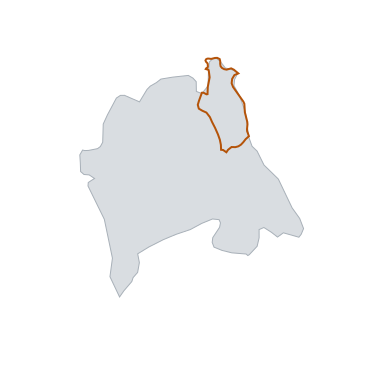 where Pljevlja sits in Montenegro, rotated 32°
{"feature_id": "MNE-1516", "entity_name": "Pljevlja", "entity_type": "Municipality", "adm_level": 1, "iso_a3": "MNE", "parent_name": "Montenegro", "parent_adm1": "", "projection": "natural_earth1", "projection_center": [19.172, 43.297], "detail": "fine", "context": "in_parent", "style": "outline", "palette": "amber", "viewbox_px": 384, "rotation_deg": 32, "n_neighbors": 0, "source": "natural_earth", "source_scale": "10m", "svg_char_len": 2073}
<svg xmlns="http://www.w3.org/2000/svg" viewBox="0 0 384 384"><g transform="rotate(32 192 192)"><path d="M168.3,66.8L168.0,68.7L168.5,74.1L171.2,79.5L180.7,84.9L194.7,95.7L211.2,115.5L218.7,121.4L225.5,122.8L238.8,131.0L248.0,133.0L258.4,135.3L285.3,152.4L297.4,157.4L306.0,163.9L307.0,170.0L306.6,173.7L291.1,178.2L288.4,184.9L280.9,184.1L271.8,184.0L268.8,188.3L273.2,195.3L276.0,203.5L273.8,214.8L273.0,216.3L270.8,215.9L258.0,222.5L248.5,225.6L239.9,227.1L235.8,224.0L233.8,219.7L234.1,207.3L232.5,203.1L229.6,201.1L223.7,204.0L216.8,213.6L210.5,224.7L200.9,236.4L193.0,247.5L184.5,261.6L178.7,273.2L184.8,279.8L188.5,289.0L187.4,295.8L188.4,299.8L186.6,311.8L186.2,319.4L167.3,307.3L159.6,290.3L132.1,261.6L100.6,242.0L99.0,238.9L100.7,235.2L102.2,232.2L95.7,232.0L91.1,234.4L86.7,233.7L81.8,226.4L77.2,220.0L77.0,214.4L79.1,213.7L82.3,211.5L88.9,205.3L90.2,202.0L89.9,197.1L80.7,181.4L79.4,171.3L78.1,152.4L80.1,148.0L83.5,145.8L99.7,143.4L99.5,128.8L100.5,124.3L103.8,118.2L105.8,112.7L114.9,104.7L127.1,95.1L132.4,94.9L137.1,96.2L142.4,104.4L148.2,103.3L149.4,93.5L141.8,80.6L137.8,72.4L139.1,67.8L141.9,65.5L148.4,66.9L154.6,69.2L158.5,67.7L164.7,66.5L168.3,66.8Z" fill="#d9dde1" stroke="#a8b0b8" stroke-width="1"/><path d="M168.4,66.9L166.0,70.4L166.1,74.8L168.0,78.8L171.2,81.2L187.6,88.1L189.6,89.4L194.6,96.4L201.7,103.2L203.2,105.2L205.3,109.5L206.5,111.2L210.7,114.5L209.5,118.7L209.1,122.6L208.4,126.0L207.1,128.7L205.0,131.0L201.7,132.9L200.2,137.1L200.1,140.1L196.1,139.9L194.3,140.8L191.5,136.7L187.9,132.9L183.5,129.4L177.6,125.4L171.9,122.0L167.5,119.0L162.1,117.0L157.7,117.6L153.6,117.7L150.7,115.0L149.6,111.0L148.1,104.0L147.7,102.7L147.9,102.4L149.3,101.7L152.5,101.5L153.3,100.8L149.7,94.5L146.2,85.4L142.0,80.3L141.2,79.7L138.5,80.4L138.5,79.6L139.1,78.3L139.1,77.4L137.5,75.1L136.7,74.6L134.8,74.1L133.7,73.3L133.6,72.0L134.3,70.8L135.5,70.0L137.7,69.0L140.5,66.1L142.3,64.9L145.0,64.6L146.7,66.2L148.0,68.4L149.6,70.2L151.6,70.9L154.1,70.8L156.5,69.9L159.7,66.4L162.7,66.1L168.4,66.9Z" fill="none" stroke="#b45309" stroke-width="2"/></g></svg>